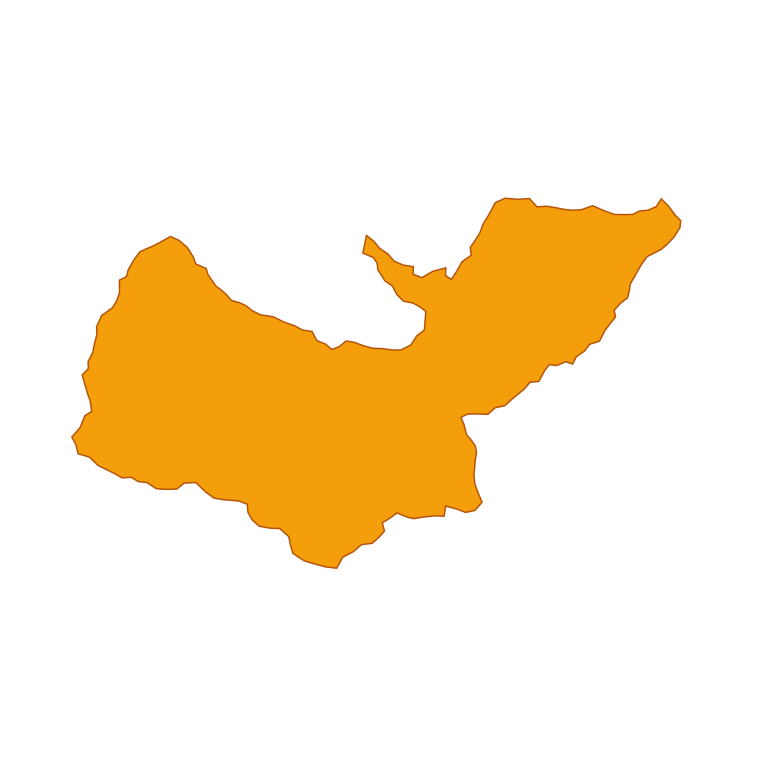 Agrolândia, Santa Catarina, Brazil (Natural Earth projection), rotated 262°
{"feature_id": "56859067B12075513743626", "entity_name": "Agrolândia", "entity_type": "district", "adm_level": 2, "iso_a3": "BRA", "parent_name": "Brazil", "parent_adm1": "Santa Catarina", "projection": "natural_earth1", "projection_center": [-49.817, -27.467], "detail": "fine", "context": "isolated", "style": "filled", "palette": "amber", "viewbox_px": 768, "rotation_deg": 262, "n_neighbors": 0, "source": "geoboundaries", "source_scale": "gbopen_adm2", "svg_char_len": 2701}
<svg xmlns="http://www.w3.org/2000/svg" viewBox="0 0 768 768"><g transform="rotate(262 384 384)"><path d="M523.6,136.4L511.1,134.8L503.4,130.8L497.3,125.7L491.1,114.0L480.9,107.4L473.0,106.6L465.1,103.2L456.1,100.2L447.3,94.1L440.2,93.3L435.0,86.4L416.4,89.0L407.8,90.7L397.4,90.7L394.3,83.5L383.0,76.9L374.9,67.5L367.0,70.4L357.4,71.5L352.6,82.1L343.2,89.5L337.8,97.3L333.9,103.2L327.5,111.6L326.8,120.7L321.6,127.0L319.4,135.6L311.9,144.1L309.8,154.9L308.8,164.3L313.7,172.3L312.6,184.0L302.0,192.3L294.7,199.7L291.6,209.5L288.5,223.6L284.0,231.9L275.8,231.4L267.9,234.5L260.5,240.6L257.1,251.2L255.4,260.6L246.1,268.5L237.1,269.0L228.8,270.3L219.9,280.5L215.3,290.6L210.9,301.0L208.2,311.5L218.2,319.0L222.2,330.2L228.1,339.3L227.9,350.2L232.7,357.3L238.2,364.0L246.8,363.0L250.2,370.9L254.5,378.9L249.2,388.0L246.5,394.8L246.8,404.7L246.4,415.9L244.7,425.1L254.5,428.1L250.2,438.4L245.5,446.9L246.1,456.3L253.3,464.7L262.0,462.3L272.3,460.0L281.9,460.5L288.2,462.1L294.8,463.4L302.9,466.0L309.5,465.9L315.7,462.9L322.6,458.6L332.4,457.6L340.3,455.5L342.6,462.6L341.5,471.4L339.5,482.6L345.0,490.9L345.7,500.6L352.2,510.2L359.5,522.2L365.4,528.8L365.0,537.6L375.1,545.1L380.2,550.4L378.2,557.6L380.8,567.1L377.5,573.5L384.3,578.3L388.8,587.3L394.7,593.1L396.4,603.3L406.1,610.1L412.3,616.3L418.2,622.6L425.0,622.2L431.2,629.6L435.4,637.1L442.5,640.0L448.8,641.8L457.1,648.3L466.0,655.1L473.5,662.2L476.0,669.5L478.7,677.2L482.5,683.3L489.3,691.8L497.7,698.8L504.5,700.5L510.8,695.8L520.5,690.5L528.7,684.3L521.8,678.3L519.4,670.0L519.7,660.9L517.3,653.8L518.3,645.4L519.8,635.9L525.3,625.4L531.5,615.5L529.1,603.8L529.8,595.1L531.8,586.8L535.0,577.7L537.4,569.7L538.1,560.2L547.4,553.8L548.3,542.1L551.1,529.6L548.0,519.3L540.4,513.9L534.3,509.2L528.4,504.3L520.5,500.1L513.5,494.3L507.3,488.4L499.4,488.4L494.3,478.4L485.1,471.4L478.1,465.2L482.9,460.0L490.4,461.3L488.8,448.0L484.0,436.3L488.7,428.1L496.1,429.4L499.0,419.8L504.3,411.0L512.2,406.0L519.0,398.5L526.7,393.8L533.5,387.3L516.6,381.3L510.8,390.9L504.7,394.0L498.1,393.8L486.0,399.3L479.8,406.0L470.8,409.2L463.3,414.8L460.1,424.0L455.2,430.5L450.1,435.5L442.6,433.9L431.9,431.5L427.0,423.0L418.8,415.9L415.4,405.5L416.4,397.5L419.1,388.0L420.9,378.1L424.6,369.3L429.5,360.1L431.9,352.3L427.4,345.3L425.4,337.2L431.5,331.8L436.3,323.5L446.0,320.1L448.8,310.7L453.9,303.9L459.1,293.8L466.0,283.6L469.8,271.1L475.0,263.5L480.5,258.6L484.7,252.0L488.0,244.4L494.2,240.6L499.4,236.1L504.6,231.0L510.5,228.1L516.8,224.9L523.2,223.9L529.1,214.3L536.7,212.7L546.6,208.2L554.7,201.0L559.8,193.1L556.9,185.8L553.3,176.0L549.0,160.8L542.2,154.0L532.5,146.5L526.3,144.1L523.6,136.4Z" fill="#f59e0b" stroke="#b45309" stroke-width="1.5"/></g></svg>